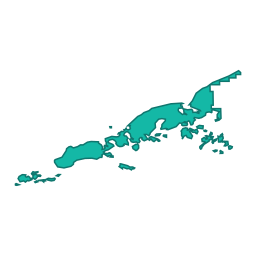 Aleutians East, Alaska, United States of America
{"feature_id": "52423323B46246640861022", "entity_name": "Aleutians East", "entity_type": "district", "adm_level": 2, "iso_a3": "USA", "parent_name": "United States of America", "parent_adm1": "Alaska", "projection": "natural_earth1", "projection_center": [-161.986, 55.403], "detail": "fine", "context": "isolated", "style": "filled", "palette": "teal", "viewbox_px": 256, "rotation_deg": 0, "n_neighbors": 0, "source": "geoboundaries", "source_scale": "gbopen_adm2", "svg_char_len": 6040}
<svg xmlns="http://www.w3.org/2000/svg" viewBox="0 0 256 256"><path d="M240.6,72.5L238.6,70.7L228.9,76.0L212.6,82.6L207.0,86.8L202.6,88.4L196.2,93.2L192.4,100.8L189.1,104.8L190.8,104.6L190.8,106.6L199.8,110.1L200.4,110.8L197.5,111.3L199.0,112.7L198.8,113.4L195.4,112.2L192.9,112.4L192.6,110.4L191.7,109.3L187.6,109.8L182.9,108.7L183.7,109.8L184.0,112.6L187.2,114.8L183.8,113.8L182.5,114.5L178.7,111.5L178.1,110.0L178.7,108.3L182.7,108.0L182.1,106.0L180.7,105.9L180.7,104.4L182.9,103.5L181.8,103.1L170.9,103.8L151.8,108.4L149.0,110.7L143.9,112.6L141.4,114.7L137.7,116.5L127.7,125.8L130.2,125.7L129.8,126.8L130.4,128.3L129.9,129.1L128.1,129.9L126.5,129.3L126.1,128.2L125.0,129.7L124.2,129.7L124.6,130.2L123.3,131.5L121.3,131.4L119.8,133.1L119.6,132.6L118.7,132.9L118.1,133.9L119.6,133.9L120.0,134.8L118.6,136.5L116.3,136.9L111.8,136.4L105.3,138.7L105.5,141.0L106.3,142.4L106.1,145.0L107.7,145.9L107.7,146.5L104.5,145.5L104.2,146.7L105.1,147.7L104.6,148.8L102.1,149.4L102.6,147.6L102.0,146.2L101.3,144.9L98.6,143.1L98.5,141.8L91.1,141.5L87.4,142.2L83.1,144.9L80.4,144.9L77.7,146.6L73.4,147.9L70.9,146.4L69.0,146.8L66.6,148.7L66.2,150.7L62.0,157.2L55.1,159.7L54.5,160.6L54.6,162.3L57.7,166.9L64.0,167.9L70.9,166.3L73.4,164.3L73.6,162.4L76.7,160.2L85.0,158.4L91.8,158.2L96.8,159.2L99.8,157.4L101.8,157.4L102.2,155.9L101.7,155.1L103.6,153.7L108.0,156.6L108.9,155.7L111.0,155.8L110.2,157.0L113.1,157.2L113.1,156.1L112.4,156.2L110.5,153.2L109.2,152.7L107.9,153.5L105.2,153.5L103.4,152.0L105.7,150.5L108.3,149.8L113.9,146.0L112.9,144.5L108.2,142.5L108.0,141.8L109.2,140.1L112.6,139.3L114.9,140.6L116.3,142.5L115.9,143.7L117.6,145.7L119.7,146.6L122.0,146.4L124.0,145.4L123.6,144.5L124.6,143.9L128.3,144.9L128.3,143.1L126.8,139.9L128.0,138.3L126.2,136.0L124.5,135.9L123.7,135.0L124.8,132.8L126.6,131.7L127.8,131.9L130.1,133.8L131.0,137.3L133.3,138.9L133.0,139.6L131.6,138.7L129.8,139.1L131.3,141.7L133.1,142.3L136.6,142.0L137.6,142.9L139.1,142.6L140.0,141.3L139.0,139.7L139.1,139.0L140.4,137.6L141.5,137.5L142.2,138.1L141.8,138.9L142.2,139.6L144.2,140.8L147.1,139.5L147.4,138.7L144.5,134.5L146.5,134.4L148.8,135.6L149.6,134.9L150.4,132.7L155.5,127.6L155.1,123.2L158.6,119.2L161.8,118.6L165.4,119.2L165.3,120.8L162.0,124.5L161.7,127.2L160.8,128.5L161.0,129.3L166.0,128.4L167.0,128.7L166.6,129.5L168.0,129.7L176.2,126.6L179.4,123.0L181.9,123.3L181.7,125.0L182.9,125.7L186.9,125.5L187.5,124.2L187.1,123.2L183.6,122.4L184.7,121.7L186.9,122.2L188.5,120.9L189.5,121.4L190.9,124.9L192.0,124.8L193.2,123.7L193.1,122.6L194.0,121.0L195.3,119.9L194.0,118.4L194.4,117.5L198.8,118.3L201.6,117.6L205.5,115.2L205.7,113.4L206.5,112.4L209.2,111.9L211.5,112.6L212.0,112.0L211.6,110.4L213.1,109.8L219.3,111.6L217.2,114.5L217.2,117.8L218.3,117.9L218.8,118.8L215.2,120.0L215.7,121.2L219.1,120.1L221.0,118.4L220.7,108.6L211.3,108.6L211.3,105.2L213.2,105.2L213.0,91.5L210.1,91.5L210.0,84.7L219.6,84.7L219.5,81.3L229.1,81.3L229.0,77.9L235.9,77.9L235.8,74.5L240.6,74.5L240.6,72.5ZM181.1,131.1L181.6,132.1L181.6,135.6L182.6,137.1L182.2,139.1L184.2,136.0L186.2,135.4L187.3,137.4L191.4,138.6L192.5,136.0L189.6,131.6L191.0,130.1L191.9,130.7L191.3,131.1L191.5,131.5L192.8,132.3L195.5,132.4L196.0,133.4L197.0,133.7L198.0,131.7L196.9,129.3L194.4,130.3L190.0,128.3L188.6,129.9L187.4,130.1L187.5,128.3L185.6,127.8L182.9,128.6L181.1,131.1ZM199.9,146.5L199.8,147.9L200.7,149.1L201.5,148.7L202.0,147.1L204.1,144.3L209.1,141.1L209.2,139.6L212.0,139.7L213.2,136.7L211.8,136.7L211.9,137.8L211.1,138.0L210.5,137.2L210.8,135.1L212.0,134.6L212.2,133.1L210.9,132.3L209.0,136.2L208.1,136.6L206.8,135.6L205.6,135.8L207.4,138.4L207.2,138.9L205.9,139.3L205.7,138.4L204.2,137.4L201.8,139.0L202.2,141.6L204.7,141.6L205.2,142.2L199.9,146.5ZM19.1,176.5L18.1,178.6L20.1,181.8L23.7,180.9L25.4,182.1L27.4,180.5L28.8,180.9L31.8,179.7L32.3,178.8L31.9,178.2L30.5,178.7L29.6,177.2L28.1,176.2L26.8,177.1L25.9,176.9L25.4,176.2L25.8,174.9L23.4,174.7L22.2,174.7L19.1,176.5ZM120.0,165.6L119.1,166.6L122.3,168.7L122.2,168.0L123.5,167.5L127.0,168.8L128.9,168.5L131.4,169.9L132.5,168.7L133.8,168.9L134.7,168.0L132.7,167.0L129.8,167.0L127.7,165.7L121.1,163.9L120.2,163.8L120.0,165.6ZM31.5,173.6L32.0,174.4L33.7,173.7L34.7,174.4L32.9,175.6L33.1,178.2L34.8,179.2L35.6,179.0L37.9,176.2L40.3,176.4L40.8,175.7L40.1,175.0L36.8,175.0L35.6,174.0L35.4,173.4L37.9,172.3L37.9,171.7L34.6,172.2L33.0,171.7L31.5,173.6ZM218.0,136.2L218.6,142.0L220.7,142.0L220.8,141.3L222.7,142.1L223.5,141.6L222.0,140.4L223.2,138.3L223.0,136.8L221.9,136.4L222.8,134.9L222.3,133.7L220.4,135.2L219.9,136.9L218.0,136.2ZM132.4,146.5L133.0,148.6L135.9,150.6L137.3,149.9L138.7,148.1L138.6,145.2L137.6,144.4L135.8,144.3L132.4,146.5ZM148.8,139.1L148.2,139.4L149.6,140.3L150.8,139.0L151.4,139.2L152.3,140.7L154.0,141.6L156.5,139.6L158.3,140.5L158.0,140.9L158.5,141.3L159.7,141.1L159.8,140.5L157.9,139.1L151.2,136.6L149.3,137.4L148.8,139.1ZM45.8,179.5L51.3,180.9L54.1,180.4L55.2,178.9L54.6,178.1L51.9,178.7L48.3,178.3L45.8,179.5ZM196.7,126.8L197.6,128.1L202.9,128.8L203.2,125.9L199.4,125.4L196.7,126.8ZM224.3,145.8L225.4,146.0L228.3,144.7L227.8,141.4L224.4,141.3L224.4,142.3L225.6,142.9L225.6,143.7L224.3,145.8ZM228.5,146.6L229.0,149.1L230.2,149.1L232.0,147.9L232.3,146.7L229.9,145.8L228.5,146.6ZM155.3,135.1L155.4,135.9L159.4,135.5L160.4,133.8L156.5,134.0L155.3,135.1ZM213.2,140.2L212.0,142.1L212.8,143.3L213.4,143.1L213.9,141.3L215.2,141.1L216.4,140.0L216.6,138.9L213.2,140.2ZM37.6,180.5L42.2,180.7L43.7,182.0L43.8,181.2L45.3,180.9L44.2,179.7L37.6,180.5ZM163.6,135.1L163.2,135.9L164.1,136.6L166.5,137.3L166.5,135.0L163.6,135.1ZM220.5,150.6L220.0,151.1L220.5,152.6L220.2,153.4L222.8,153.3L222.9,152.1L220.5,150.6ZM15.4,184.1L15.5,185.1L16.7,185.3L19.1,184.7L16.1,183.6L15.4,184.1ZM58.2,174.5L56.3,175.7L58.4,176.3L60.1,174.6L58.2,174.5ZM213.3,150.8L214.7,151.9L216.9,151.0L217.1,150.3L215.7,150.0L213.3,150.8ZM34.7,181.9L35.3,182.6L37.7,181.8L36.6,180.9L34.7,181.9ZM204.0,130.5L204.3,131.3L206.1,131.6L206.7,130.9L205.6,130.1L204.0,130.5ZM109.8,126.7L110.1,127.8L111.4,127.8L111.4,126.7L109.8,126.7Z" fill="#14b8a6" stroke="#0f766e" stroke-width="1.5"/></svg>